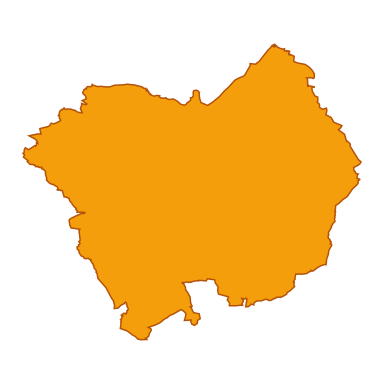 Manastireni, Cluj, Romania (Robinson projection)
{"feature_id": "2599482B68229257959146", "entity_name": "Manastireni", "entity_type": "district", "adm_level": 2, "iso_a3": "ROU", "parent_name": "Romania", "parent_adm1": "Cluj", "projection": "robinson", "projection_center": [23.092, 46.785], "detail": "fine", "context": "isolated", "style": "filled", "palette": "amber", "viewbox_px": 384, "rotation_deg": 0, "n_neighbors": 0, "source": "geoboundaries", "source_scale": "gbopen_adm2", "svg_char_len": 5859}
<svg xmlns="http://www.w3.org/2000/svg" viewBox="0 0 384 384"><path d="M326.1,264.7L326.7,258.9L328.3,254.3L328.8,250.5L331.8,245.1L331.2,243.8L330.3,243.7L331.0,242.8L331.0,241.5L330.0,241.0L330.2,240.1L328.2,237.9L328.2,235.5L328.8,234.9L328.4,233.1L328.6,232.0L331.3,227.7L331.4,225.8L332.2,225.2L333.0,223.4L335.0,221.5L334.4,218.8L335.0,217.7L334.8,216.4L335.3,215.2L334.9,213.2L335.6,212.0L334.8,211.0L335.3,210.1L335.7,205.5L339.1,203.2L342.6,199.8L347.1,196.7L352.6,188.8L356.5,185.3L357.9,183.6L358.2,182.4L358.0,180.9L359.7,179.7L359.7,179.2L357.0,178.4L357.3,175.2L358.2,174.1L355.7,173.3L355.3,171.8L353.9,170.5L353.7,167.5L358.5,165.0L360.1,163.6L361.0,161.8L358.3,159.5L350.1,146.1L350.3,144.3L349.7,143.4L347.4,141.2L346.6,141.4L344.5,134.3L338.4,129.7L340.8,127.7L341.9,125.6L334.3,122.5L332.8,121.1L333.0,120.6L331.0,117.4L325.9,114.8L326.9,110.4L326.4,108.1L322.5,109.3L319.6,107.5L319.5,104.9L318.8,103.3L317.7,102.8L317.3,102.2L317.9,100.3L317.7,97.1L314.9,96.0L312.2,90.8L311.9,87.8L312.3,86.9L314.1,87.3L314.2,86.8L309.6,85.9L307.3,86.5L308.3,85.7L308.2,85.0L307.6,84.9L307.6,80.3L307.3,78.5L306.7,77.9L311.5,77.7L313.2,78.5L314.3,77.7L314.3,73.9L312.5,70.7L309.0,67.0L305.1,64.4L298.1,63.1L293.7,61.5L294.2,56.3L289.4,54.0L289.5,54.9L289.0,54.7L288.6,54.1L288.7,52.8L289.7,51.7L289.5,51.2L288.6,50.9L286.7,51.4L286.8,50.7L284.2,50.7L284.5,48.8L283.0,49.1L280.3,48.4L277.5,47.2L276.5,45.8L275.9,46.2L275.5,45.5L275.0,46.1L274.7,45.6L274.2,45.9L274.0,46.9L273.4,46.6L273.8,46.3L273.5,45.8L275.0,44.6L274.8,44.3L272.2,45.4L269.9,48.4L267.9,50.2L259.0,61.6L256.9,62.9L255.7,64.2L250.1,63.6L250.1,65.7L244.9,74.9L243.7,76.1L238.9,78.0L234.7,80.3L228.6,87.2L224.5,90.8L219.6,96.4L212.6,102.2L207.6,105.4L201.0,102.6L199.6,98.4L199.1,93.7L199.5,92.6L197.8,90.8L196.4,90.2L193.9,90.6L193.2,92.0L193.3,96.1L192.1,97.5L190.4,97.9L190.7,99.0L190.5,100.5L187.3,102.7L186.1,104.2L184.6,105.2L180.8,104.3L177.5,101.3L173.5,99.0L168.9,99.5L165.9,98.2L165.7,97.7L164.2,98.3L160.8,97.9L159.3,96.8L159.7,95.7L156.7,95.4L154.5,96.1L152.0,95.5L150.4,94.0L150.1,94.5L149.5,93.8L149.9,93.6L148.9,92.8L148.8,91.7L147.9,90.8L147.5,91.1L147.4,90.4L146.8,91.6L147.0,90.7L146.5,90.7L146.6,89.8L146.1,89.9L146.0,88.4L143.5,88.3L143.0,87.4L141.0,86.6L134.6,85.0L127.0,84.2L123.8,84.8L114.7,85.2L109.7,86.9L105.5,86.9L100.7,86.3L97.8,86.6L93.4,85.3L92.2,84.4L91.5,86.6L87.6,86.6L86.4,87.5L86.4,89.0L85.5,88.8L84.1,89.5L82.7,92.6L83.0,93.6L85.4,95.7L86.3,98.8L82.2,100.7L86.9,104.0L85.7,104.8L81.6,103.5L81.7,104.8L80.4,108.8L82.3,112.7L78.0,112.3L74.7,110.2L74.5,110.5L70.6,109.1L67.4,109.0L65.3,109.4L64.1,107.9L62.4,109.7L61.9,109.4L59.8,111.2L59.0,114.7L58.4,115.6L59.5,115.9L59.3,118.1L60.7,120.2L59.1,121.5L53.9,123.9L51.4,123.2L50.4,124.0L49.9,125.5L47.9,126.6L39.8,128.6L41.0,134.1L38.0,133.9L29.1,135.8L35.4,139.2L37.1,141.1L37.7,143.4L36.5,142.7L36.3,145.4L35.6,146.2L34.7,145.7L28.6,149.7L25.3,147.8L24.3,149.8L24.0,153.0L23.0,153.3L24.6,155.1L23.4,157.1L28.1,160.7L27.2,161.5L30.0,164.4L33.1,164.5L33.9,165.1L34.7,164.8L35.5,166.6L37.1,166.7L37.5,166.2L38.5,167.2L39.2,167.0L40.1,167.7L41.8,167.2L41.8,168.9L43.3,169.2L45.6,171.6L45.4,172.3L45.5,174.4L46.9,178.9L46.4,179.6L46.9,180.6L49.8,183.4L53.0,184.6L53.8,184.4L54.7,185.6L57.1,186.6L58.1,188.9L57.2,189.8L58.3,190.3L59.8,189.7L60.6,190.6L61.8,190.4L62.4,190.9L64.1,196.9L66.5,197.2L69.3,198.6L69.3,199.6L69.9,201.1L71.7,203.0L72.5,204.7L75.0,207.5L76.3,208.3L75.8,209.5L77.3,210.6L77.0,212.3L82.9,212.2L84.9,212.6L84.3,213.4L81.4,213.6L76.0,215.9L70.2,218.8L69.1,220.1L69.8,225.2L70.7,226.8L70.9,227.9L79.9,229.3L79.0,230.5L80.2,240.3L78.8,241.6L80.0,243.1L79.7,244.2L78.6,244.7L78.7,246.2L77.1,246.8L77.3,249.3L78.6,250.1L79.3,253.1L81.4,256.1L83.3,256.6L84.3,258.4L85.5,258.7L88.4,258.3L89.4,259.4L90.9,259.7L90.6,260.5L92.1,263.0L93.0,263.8L93.3,265.3L94.0,266.1L94.0,267.8L96.1,270.4L96.4,271.6L96.0,272.1L97.2,273.8L97.5,276.5L98.0,277.7L97.8,278.3L106.0,287.7L111.6,298.3L113.3,300.6L114.5,304.9L114.3,308.6L118.3,308.0L120.6,305.5L124.5,303.4L124.7,302.7L125.6,302.1L126.6,303.4L126.3,304.3L127.1,305.2L127.0,306.6L128.2,308.3L127.9,310.0L127.0,310.6L127.1,311.9L126.3,312.7L126.1,314.0L123.8,313.2L121.3,315.2L122.9,316.1L121.7,317.2L121.5,319.0L120.5,319.6L121.3,320.9L120.7,322.5L121.1,323.3L120.3,328.5L127.1,330.9L132.8,335.2L135.3,336.5L138.0,339.2L141.1,339.7L146.7,339.5L145.5,338.3L147.3,337.7L148.8,335.9L149.3,333.7L151.4,330.0L150.9,328.8L148.3,327.4L155.8,324.8L160.2,322.6L164.1,319.3L167.1,317.8L170.1,315.2L172.7,314.4L180.9,309.7L181.4,309.6L184.5,311.9L185.9,313.7L185.7,315.7L184.4,320.5L191.0,320.0L190.9,321.8L191.9,324.2L194.5,325.4L197.2,323.5L197.5,321.0L198.3,319.8L200.2,318.7L199.2,313.8L193.8,312.7L192.8,311.4L191.4,307.7L190.1,307.0L192.1,306.2L190.6,302.9L190.1,297.0L187.3,291.9L185.7,290.2L185.4,287.2L184.2,284.8L182.2,282.8L182.7,282.4L184.5,282.8L186.2,281.9L188.9,282.5L190.3,282.0L190.8,282.3L193.4,281.3L197.8,280.6L198.5,281.0L199.3,280.3L206.2,280.9L207.4,278.8L214.7,279.8L215.3,282.9L218.1,286.8L217.7,290.6L218.5,294.1L228.4,296.8L228.4,297.7L227.4,299.3L227.3,300.1L228.9,302.0L229.6,303.5L229.3,305.7L235.6,305.8L240.8,305.2L243.2,305.5L242.2,304.8L242.1,303.2L243.1,301.9L243.3,300.8L241.8,298.3L242.7,298.4L243.8,299.3L245.5,298.7L245.8,298.1L246.9,298.8L246.9,299.2L245.7,306.8L247.9,306.7L249.2,306.2L251.1,304.1L253.8,304.9L254.2,302.7L256.7,301.0L261.6,300.8L265.3,299.3L268.1,299.8L268.5,300.4L270.3,300.5L272.2,299.8L272.5,299.2L274.8,298.6L275.0,298.1L276.3,297.8L276.4,297.4L279.8,297.1L280.4,297.4L282.6,296.5L286.5,294.3L287.2,292.5L290.2,290.7L294.6,286.5L293.8,284.6L294.3,282.6L293.6,282.2L294.1,282.0L294.0,280.8L295.1,279.2L295.0,277.3L295.8,274.1L302.8,274.1L307.0,273.5L308.3,272.2L310.9,271.3L310.9,270.4L312.9,271.1L317.8,267.4L321.0,265.7L324.8,264.5L326.1,264.7Z" fill="#f59e0b" stroke="#b45309" stroke-width="1.5"/></svg>